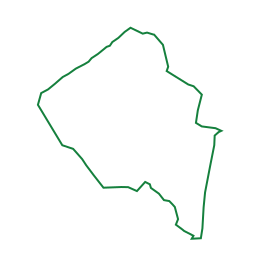 Remo North, Ogun, Nigeria (Albers equal-area conic projection), rotated 99°
{"feature_id": "59680162B54973397451304", "entity_name": "Remo North", "entity_type": "district", "adm_level": 2, "iso_a3": "NGA", "parent_name": "Nigeria", "parent_adm1": "Ogun", "projection": "albers", "projection_center": [3.74, 7.002], "detail": "fine", "context": "isolated", "style": "outline", "palette": "green", "viewbox_px": 256, "rotation_deg": 99, "n_neighbors": 0, "source": "geoboundaries", "source_scale": "gbopen_adm2", "svg_char_len": 898}
<svg xmlns="http://www.w3.org/2000/svg" viewBox="0 0 256 256"><g transform="rotate(99 128 128)"><path d="M225.5,38.8L223.8,38.8L223.3,38.8L215.5,38.8L194.6,40.9L179.6,41.8L152.0,40.9L131.5,40.1L121.9,41.2L117.9,37.9L116.2,35.4L114.5,41.5L114.9,55.4L112.3,61.7L99.6,61.8L83.5,60.3L76.5,69.7L75.6,75.3L65.7,98.7L61.2,97.9L40.4,106.5L31.7,116.8L31.7,117.7L30.8,124.1L32.5,128.2L28.6,141.2L33.6,146.3L40.5,151.6L45.5,156.9L49.6,158.8L51.2,161.8L59.6,169.3L64.7,174.9L68.7,177.3L71.7,180.9L77.5,188.8L83.9,195.3L87.9,200.5L95.9,207.2L102.4,213.0L107.1,219.2L119.2,220.6L155.3,190.2L157.2,178.9L165.9,168.4L171.4,163.4L180.0,154.5L190.8,142.9L187.3,125.1L186.4,118.6L188.9,109.3L178.6,102.6L180.2,97.6L183.6,96.0L188.0,87.2L193.6,81.2L193.7,75.8L196.4,72.2L198.7,69.4L210.2,64.3L216.0,65.6L219.8,58.3L220.9,56.5L224.2,46.5L227.4,47.7L225.5,38.8Z" fill="none" stroke="#15803d" stroke-width="2"/></g></svg>